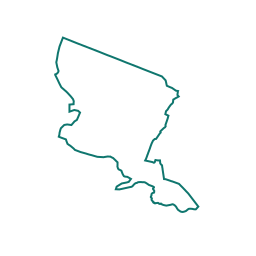 Al Jarrahi, Al Hudaydah, Yemen (Mercator projection), rotated 114°
{"feature_id": "15242507B33824576617573", "entity_name": "Al Jarrahi", "entity_type": "district", "adm_level": 2, "iso_a3": "YEM", "parent_name": "Yemen", "parent_adm1": "Al Hudaydah", "projection": "mercator", "projection_center": [43.453, 14.104], "detail": "fine", "context": "isolated", "style": "outline", "palette": "teal", "viewbox_px": 256, "rotation_deg": 114, "n_neighbors": 0, "source": "geoboundaries", "source_scale": "gbopen_adm2", "svg_char_len": 4028}
<svg xmlns="http://www.w3.org/2000/svg" viewBox="0 0 256 256"><g transform="rotate(114 128 128)"><path d="M169.3,162.3L169.3,161.8L168.4,155.8L168.4,155.6L168.3,154.8L168.2,153.8L168.0,152.4L167.9,151.8L167.7,150.6L167.6,150.1L167.2,147.1L166.8,144.3L165.5,140.8L164.6,138.4L164.0,137.6L162.7,135.6L162.4,135.2L161.5,132.9L161.3,132.6L161.4,131.7L161.5,130.3L161.5,129.3L162.1,127.7L162.7,126.0L162.9,125.6L163.6,123.6L166.6,122.3L167.5,122.0L169.1,120.6L169.6,119.7L169.6,118.4L169.7,116.7L170.7,115.7L172.1,114.3L173.6,112.3L173.7,111.5L173.4,110.3L172.9,108.7L173.3,104.6L174.2,104.8L174.9,105.0L175.2,105.0L175.4,105.1L176.9,105.4L178.2,106.9L181.1,111.0L181.3,111.2L186.0,114.4L186.3,114.5L188.9,114.2L187.6,110.9L187.1,110.2L185.8,108.4L181.5,102.6L180.3,100.9L180.1,100.7L179.4,100.3L178.7,100.0L177.5,99.7L176.1,99.1L175.4,98.7L174.9,98.1L174.5,97.5L174.0,97.2L173.5,96.8L173.1,96.2L172.1,94.2L171.7,92.8L171.3,92.0L171.0,91.4L170.8,90.4L170.8,89.7L171.2,87.2L171.5,85.9L171.3,82.5L171.3,81.1L171.5,80.2L171.8,80.1L172.5,80.3L172.8,80.4L173.3,80.5L173.6,80.3L174.1,79.4L174.6,78.6L174.9,78.4L175.5,78.2L176.0,78.0L176.5,78.0L176.9,78.6L177.4,79.1L178.2,79.5L178.7,79.6L179.5,79.4L180.2,79.1L180.6,79.1L181.2,79.2L181.8,79.1L182.2,78.6L182.3,78.0L182.7,77.5L183.2,77.4L183.5,77.4L184.0,77.3L184.4,76.8L184.9,75.7L185.0,75.4L185.0,74.9L185.3,74.7L185.6,74.8L185.8,74.5L185.9,74.0L185.7,73.7L185.6,73.4L185.7,73.1L185.9,72.9L185.9,72.7L185.7,72.4L185.4,72.2L185.2,71.9L185.0,71.4L184.7,70.9L184.4,70.5L184.2,70.2L184.2,69.9L184.2,69.5L184.5,69.0L184.5,68.8L184.5,68.4L184.4,68.0L184.2,67.6L184.0,67.3L184.0,66.8L183.9,66.8L184.0,66.6L183.9,66.2L183.9,65.9L183.9,65.6L184.0,65.3L183.9,64.2L183.7,63.2L183.6,62.7L183.3,61.4L181.8,59.2L180.8,57.8L179.6,56.4L179.4,55.4L179.5,54.7L179.7,53.6L180.4,52.0L181.5,50.5L182.4,49.0L182.8,46.8L182.9,46.5L182.9,45.5L182.6,44.2L182.0,43.2L181.4,42.5L180.4,41.4L177.7,40.0L177.3,39.8L176.6,38.7L176.2,37.7L175.8,36.7L175.4,34.7L175.0,33.5L174.6,32.9L173.0,32.4L171.2,31.8L163.3,46.3L162.6,48.0L162.1,49.3L162.0,49.5L161.3,51.1L160.8,52.4L160.4,53.3L158.9,57.2L158.7,57.6L158.5,58.2L158.3,58.7L158.3,58.8L158.8,66.0L158.9,66.3L159.0,67.3L159.0,67.6L159.2,69.9L159.5,72.9L160.0,74.3L154.2,78.0L151.7,79.6L150.8,80.1L150.0,80.7L148.3,81.7L148.2,81.8L147.9,83.0L147.1,84.2L144.6,85.6L145.2,86.9L145.4,87.2L145.8,88.7L146.0,89.5L146.1,89.9L148.5,89.7L149.2,90.2L149.2,91.0L149.2,91.9L149.4,92.8L150.7,99.1L148.8,99.0L148.7,99.0L145.3,99.2L145.1,99.3L143.6,99.3L142.9,99.4L137.8,99.7L135.9,99.9L132.6,100.1L132.4,100.1L129.3,100.0L127.2,99.1L126.5,97.9L123.2,97.3L119.9,96.7L118.9,96.3L118.0,97.1L117.2,96.8L116.0,96.3L113.6,95.3L113.4,95.2L112.3,94.5L111.1,94.3L110.1,95.0L107.8,95.2L103.3,95.6L100.3,96.1L100.2,99.5L98.8,99.8L97.2,100.1L95.0,99.3L93.0,99.1L91.4,98.8L89.2,98.3L87.6,97.5L86.4,97.3L83.6,98.2L83.0,97.7L82.2,97.2L80.7,96.1L80.0,95.5L78.6,94.5L77.7,96.3L75.7,96.9L75.2,97.0L74.4,97.3L74.1,97.4L73.9,97.4L74.4,99.4L73.5,104.1L73.6,106.6L73.6,109.7L71.9,111.0L71.7,111.1L69.2,113.0L67.1,118.0L67.4,124.1L68.1,138.9L68.2,142.2L68.9,156.4L69.1,162.5L69.6,173.4L69.8,176.2L70.0,181.5L70.1,184.6L71.2,207.1L71.3,209.1L71.9,224.2L81.3,223.7L86.3,222.8L88.0,222.5L93.2,221.1L95.8,220.5L96.9,220.3L97.0,220.3L98.2,219.5L101.4,217.2L104.1,214.7L105.0,214.5L106.3,214.7L107.7,215.3L108.6,216.3L109.0,216.2L112.3,212.2L115.0,209.1L115.9,208.0L117.9,205.5L118.5,203.6L118.9,202.2L119.2,201.4L119.6,199.9L120.4,197.7L122.4,193.1L124.0,190.0L125.1,188.9L125.3,188.7L125.7,188.4L126.7,188.1L126.9,188.0L128.4,187.4L130.4,191.0L133.8,189.5L136.9,188.1L133.4,184.4L132.6,180.5L132.9,179.7L133.4,178.1L138.4,178.0L141.4,178.0L143.8,179.6L144.6,179.8L148.3,180.9L148.4,181.2L148.4,181.3L149.5,185.0L151.1,187.4L151.2,187.5L155.0,189.0L155.5,189.2L156.9,189.1L160.1,188.6L162.3,187.9L162.6,187.9L164.1,187.7L164.0,184.8L163.9,183.5L163.7,180.7L163.7,180.0L164.9,179.0L167.1,176.8L167.5,174.9L167.7,173.4L168.9,169.2L169.6,167.6L169.3,162.3Z" fill="none" stroke="#0f766e" stroke-width="2"/></g></svg>